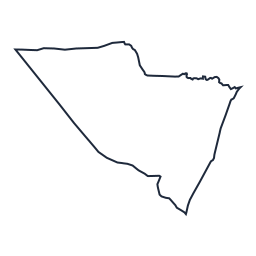 the district of Al Qureisha, Gedarif, Sudan
{"feature_id": "16777658B80860182226455", "entity_name": "Al Qureisha", "entity_type": "district", "adm_level": 2, "iso_a3": "SDN", "parent_name": "Sudan", "parent_adm1": "Gedarif", "projection": "albers", "projection_center": [36.204, 13.665], "detail": "fine", "context": "isolated", "style": "outline", "palette": "slate", "viewbox_px": 256, "rotation_deg": 0, "n_neighbors": 0, "source": "geoboundaries", "source_scale": "gbopen_adm2", "svg_char_len": 1954}
<svg xmlns="http://www.w3.org/2000/svg" viewBox="0 0 256 256"><path d="M15.4,49.5L59.6,104.6L73.9,122.9L84.9,135.9L91.4,143.5L94.2,146.8L96.2,149.2L98.4,151.9L106.8,157.8L117.4,162.5L119.9,162.8L121.6,163.0L123.4,163.3L127.4,163.8L132.6,165.5L136.5,168.7L138.4,170.2L139.4,170.8L144.7,173.7L146.9,175.4L147.7,176.0L148.9,176.1L150.4,176.0L151.7,176.0L158.4,175.8L159.3,175.8L160.5,176.6L159.0,180.4L157.4,184.2L157.7,186.4L158.2,188.8L158.5,190.0L159.6,194.6L161.5,196.4L165.8,197.8L169.2,198.3L170.7,199.9L173.4,203.0L175.3,205.1L176.8,207.7L181.2,210.3L184.5,212.4L185.9,214.1L186.3,212.7L187.9,205.5L190.0,199.5L190.5,198.7L193.3,193.4L199.0,183.3L200.0,181.5L210.6,161.9L211.2,161.1L212.9,160.1L214.0,158.0L214.4,154.7L214.9,152.5L219.8,132.3L219.8,132.0L220.7,128.3L225.6,115.2L230.1,102.4L230.1,102.2L230.7,100.7L231.4,99.5L232.3,99.2L233.7,98.3L234.6,96.6L234.8,96.2L235.9,94.0L236.7,92.0L237.9,90.3L239.4,88.4L240.6,87.2L238.1,87.8L235.8,88.4L234.7,87.1L232.6,88.3L230.9,89.1L229.5,87.2L228.2,85.0L226.8,85.0L223.1,85.3L222.2,84.3L221.5,83.4L220.3,83.1L219.1,82.2L219.2,80.9L219.3,79.6L218.4,78.1L216.7,76.9L215.5,77.0L214.7,77.1L213.4,77.9L212.1,78.7L210.9,77.9L210.1,78.0L209.0,78.8L207.6,79.8L206.6,79.9L205.7,79.2L205.4,77.9L205.2,76.7L203.0,76.4L202.8,77.7L202.9,78.7L200.5,78.4L198.2,79.2L196.6,78.3L194.5,78.2L193.3,78.4L192.6,79.5L191.1,78.8L190.5,78.0L189.5,78.0L188.7,78.1L187.5,77.8L186.6,76.9L186.5,75.4L187.0,74.2L186.6,73.3L185.4,73.3L184.8,74.0L184.1,74.2L182.9,73.7L180.3,75.4L178.7,76.5L174.8,76.6L162.4,76.0L154.2,75.8L147.4,75.5L145.9,74.8L144.9,74.1L144.7,73.0L144.5,72.3L144.1,71.6L142.7,69.7L139.8,65.3L138.2,57.4L137.1,53.8L135.8,51.6L134.8,50.0L133.1,49.1L132.0,47.7L131.2,45.8L129.1,44.4L126.6,44.4L125.3,44.4L124.7,43.6L124.0,41.9L121.2,42.1L117.1,42.5L112.3,42.9L104.1,45.9L97.7,47.8L76.1,48.5L64.9,49.7L54.2,48.5L43.7,48.2L37.2,50.2L31.0,50.0L21.8,49.6L15.4,49.5Z" fill="none" stroke="#1e293b" stroke-width="2"/></svg>